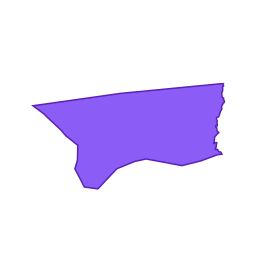 Buram, Southern Darfur, Sudan (orthographic projection), rotated 286°
{"feature_id": "16777658B28433170293690", "entity_name": "Buram", "entity_type": "district", "adm_level": 2, "iso_a3": "SDN", "parent_name": "Sudan", "parent_adm1": "Southern Darfur", "projection": "orthographic", "projection_center": [25.179, 10.759], "detail": "fine", "context": "isolated", "style": "filled", "palette": "violet", "viewbox_px": 256, "rotation_deg": 286, "n_neighbors": 0, "source": "geoboundaries", "source_scale": "gbopen_adm2", "svg_char_len": 1441}
<svg xmlns="http://www.w3.org/2000/svg" viewBox="0 0 256 256"><g transform="rotate(286 128 128)"><path d="M128.7,225.5L129.7,224.6L130.4,223.8L130.4,221.8L130.7,221.2L131.6,220.6L132.2,219.5L131.6,218.6L131.5,218.1L132.0,217.6L133.2,217.7L133.9,218.0L136.3,217.5L137.4,217.6L138.4,217.3L138.3,216.7L137.2,215.6L136.9,214.7L137.6,214.5L138.4,214.8L139.6,214.5L141.1,214.1L142.2,214.0L143.6,213.9L146.0,215.1L147.4,215.7L148.4,216.5L149.0,216.4L149.1,215.8L149.4,214.9L149.8,214.3L152.5,213.3L153.1,212.1L153.7,211.7L154.6,211.9L154.6,213.2L155.6,213.0L156.4,212.5L157.4,212.1L158.5,212.0L159.2,211.9L160.2,211.1L161.5,210.4L162.5,210.4L163.2,211.3L163.6,212.0L166.7,212.3L169.8,212.4L171.1,212.7L172.2,213.0L173.3,212.5L174.6,211.9L175.4,212.1L176.4,212.6L177.4,212.5L178.0,212.7L178.7,213.3L179.5,213.5L180.4,213.2L181.1,212.7L181.5,212.0L181.9,211.6L182.7,211.8L183.1,211.6L183.3,210.6L184.0,209.8L187.4,208.4L188.9,208.7L191.0,208.5L192.6,207.9L193.5,207.6L194.5,208.2L195.2,208.2L196.0,207.3L196.3,207.0L196.8,207.2L196.7,206.9L196.4,205.6L191.1,192.3L186.2,179.8L184.2,174.7L165.1,126.3L159.2,111.2L153.9,99.4L132.0,50.3L129.9,45.6L123.2,30.5L118.4,43.2L115.6,48.4L107.7,63.8L103.5,70.2L97.5,84.5L83.8,88.1L83.0,88.2L81.5,88.3L74.2,88.2L72.6,89.7L67.8,94.3L59.2,102.3L61.2,115.8L85.8,128.5L97.6,143.5L103.2,153.9L104.9,171.2L106.7,190.2L116.5,207.2L126.8,221.1L128.7,225.5Z" fill="#8b5cf6" stroke="#5b21b6" stroke-width="1.5"/></g></svg>